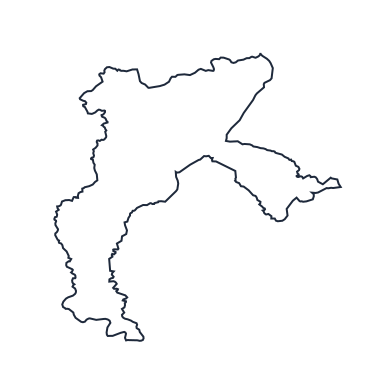 Filomeno Mata, Puebla, Mexico (Robinson projection), rotated 80°
{"feature_id": "50627088B66549226075892", "entity_name": "Filomeno Mata", "entity_type": "district", "adm_level": 2, "iso_a3": "MEX", "parent_name": "Mexico", "parent_adm1": "Puebla", "projection": "robinson", "projection_center": [-97.693, 20.213], "detail": "fine", "context": "isolated", "style": "outline", "palette": "slate", "viewbox_px": 384, "rotation_deg": 80, "n_neighbors": 0, "source": "geoboundaries", "source_scale": "gbopen_adm2", "svg_char_len": 5993}
<svg xmlns="http://www.w3.org/2000/svg" viewBox="0 0 384 384"><g transform="rotate(80 192 192)"><path d="M266.8,323.9L269.3,323.4L270.9,323.9L272.0,324.8L273.4,327.3L274.2,332.2L275.1,334.6L277.6,337.7L280.2,339.3L283.0,338.9L284.1,337.4L285.1,336.8L285.4,334.8L286.0,333.5L290.1,329.8L292.3,329.7L295.7,328.5L300.6,323.7L301.3,322.0L301.1,320.0L299.4,318.0L298.7,315.9L298.7,314.6L301.3,308.5L301.7,300.9L301.9,299.3L302.9,297.1L304.4,295.5L306.7,295.1L310.7,298.8L315.5,300.5L317.8,300.6L319.1,300.0L319.9,295.1L318.3,286.7L318.0,283.1L318.8,282.0L320.1,281.6L324.0,283.3L326.7,282.7L326.6,281.3L328.6,271.4L329.4,269.6L329.6,268.0L329.2,266.1L327.7,265.1L326.0,265.0L320.9,267.7L318.4,267.9L316.5,270.1L314.9,270.1L313.2,269.1L311.6,269.4L309.6,272.8L308.0,274.5L306.2,277.5L305.2,279.9L304.0,281.4L302.5,282.3L300.8,282.3L299.0,279.7L295.0,281.3L293.9,278.6L291.8,277.6L289.8,277.5L289.1,276.3L288.2,276.0L286.8,279.0L285.9,278.3L285.4,275.4L284.5,274.1L282.2,275.6L278.1,283.1L276.5,283.8L275.8,282.4L274.9,281.8L274.2,282.9L273.8,285.6L272.7,286.3L269.4,282.1L268.1,282.6L266.8,283.7L266.2,284.9L265.9,289.0L263.7,288.5L263.0,286.8L262.8,284.7L261.9,283.9L259.5,285.3L258.0,284.7L256.6,282.9L255.4,286.3L243.5,285.2L241.9,281.6L240.1,282.0L239.1,281.3L239.9,279.8L238.8,277.9L237.8,277.7L236.6,279.7L235.1,279.6L234.9,278.7L235.7,275.0L235.1,274.3L229.7,274.9L227.8,269.9L223.5,268.6L222.0,264.1L218.5,262.7L213.2,263.7L210.2,263.7L209.9,260.8L206.5,259.1L204.4,257.1L202.9,256.9L202.3,256.4L201.7,254.7L200.2,253.7L200.4,252.5L200.1,251.4L198.1,248.9L196.3,242.4L197.1,238.6L195.8,235.2L195.9,234.4L197.0,233.0L197.2,231.3L196.4,230.9L196.2,227.1L195.4,226.7L195.7,224.0L196.9,220.1L188.4,207.6L186.9,206.0L181.3,204.1L178.3,204.1L174.4,205.0L169.4,204.5L170.3,203.6L170.4,201.0L164.8,189.1L161.6,179.9L161.5,178.3L158.7,173.9L159.3,171.9L159.3,169.2L161.9,167.5L162.1,165.8L163.9,166.8L165.3,166.6L166.1,163.0L178.8,145.7L185.4,146.2L186.5,147.0L188.0,147.0L188.4,147.6L189.8,146.8L191.5,144.0L194.8,142.8L195.6,140.2L200.2,135.9L205.8,132.4L206.9,130.1L208.6,129.3L211.2,129.0L213.5,126.3L214.9,126.7L215.9,127.9L218.6,125.4L220.0,124.6L220.9,123.2L221.7,123.1L222.3,123.8L222.5,125.5L223.5,124.8L225.3,124.5L226.8,123.3L227.0,122.7L226.9,120.6L229.6,118.0L231.9,118.5L232.5,115.1L234.8,114.3L235.7,112.6L236.0,108.0L234.9,105.4L231.8,102.0L225.1,101.7L218.1,94.2L215.7,90.0L219.7,87.6L220.2,86.6L220.2,85.5L220.9,84.3L221.1,80.9L220.2,74.3L217.4,72.8L215.3,72.5L213.5,73.9L214.4,70.5L214.4,68.0L211.5,58.8L212.0,57.2L212.0,54.3L212.6,52.3L212.9,44.7L209.3,46.2L204.9,46.7L202.8,52.2L202.0,52.9L207.1,61.8L203.7,66.1L201.0,66.5L199.0,67.6L198.2,68.9L198.0,72.5L196.9,72.6L195.9,73.5L196.2,75.8L197.9,80.2L196.2,80.8L195.4,82.1L195.7,84.7L195.4,85.6L194.8,86.2L194.3,86.1L194.3,84.9L193.7,83.9L192.8,84.1L192.2,84.8L190.2,85.0L189.1,82.9L187.9,82.2L185.7,82.9L184.1,85.2L180.0,86.0L179.3,87.0L178.8,88.4L177.3,88.8L177.4,90.1L176.9,90.8L175.7,91.2L173.4,94.7L170.7,97.0L168.2,102.4L167.6,103.2L166.6,103.5L166.0,104.5L165.6,106.5L164.9,107.3L163.8,110.7L162.5,112.1L161.5,114.0L160.7,116.9L159.1,119.9L157.8,123.7L156.6,124.6L155.1,126.8L153.8,132.0L153.8,134.0L150.0,138.1L149.0,145.9L147.6,149.7L145.0,148.5L141.6,147.9L136.1,142.2L129.6,132.6L123.1,127.3L112.0,115.9L107.8,112.8L106.2,111.0L101.4,102.9L98.3,102.6L97.1,101.7L95.4,95.8L93.9,93.9L84.0,90.9L78.7,92.2L76.3,93.2L73.8,95.1L70.2,99.0L68.3,100.4L67.1,100.5L68.5,101.1L69.3,101.9L70.0,103.1L70.7,105.5L70.8,106.2L69.2,109.2L69.2,110.0L70.1,112.3L69.7,115.0L70.6,118.3L70.5,123.9L71.9,126.4L72.1,128.7L71.1,130.7L68.8,131.6L67.9,132.5L65.2,137.5L64.6,140.4L65.9,142.2L65.0,145.8L65.1,147.6L66.3,150.1L67.8,150.8L72.8,149.3L74.8,149.0L76.2,149.6L76.4,150.2L74.8,154.8L75.1,157.4L72.3,161.9L72.7,164.3L75.1,168.4L76.5,173.7L74.8,179.1L74.2,185.5L74.3,186.2L75.7,188.3L75.0,191.7L76.3,193.3L79.4,195.5L81.5,200.4L82.1,205.3L82.0,215.6L81.8,216.9L78.0,219.5L75.9,222.7L73.8,224.0L66.6,224.2L61.7,224.8L61.0,229.4L61.8,235.4L60.7,238.5L60.4,240.6L59.8,241.7L59.1,241.9L58.6,243.2L59.6,244.5L57.3,246.1L56.8,248.2L54.6,251.6L54.4,254.1L55.9,256.4L57.3,257.3L58.9,257.3L60.1,258.5L59.2,261.5L60.0,262.9L61.3,262.9L63.2,261.6L67.8,260.9L71.2,268.1L74.4,272.1L75.1,273.8L74.6,277.5L75.9,281.1L80.1,286.3L81.2,286.1L83.2,283.4L84.0,281.6L85.7,280.6L87.0,281.2L87.2,284.1L88.3,284.3L88.9,284.0L89.6,282.8L94.9,281.0L96.5,280.9L97.7,277.1L97.5,276.0L96.8,273.4L95.3,271.1L94.7,269.5L95.2,268.2L96.4,266.7L96.6,264.0L97.0,263.6L98.2,263.8L99.6,265.1L100.5,266.6L100.5,267.7L101.1,267.8L102.3,267.4L103.7,265.1L105.0,264.3L107.3,263.8L108.2,263.0L108.9,263.1L109.3,267.0L110.6,269.1L111.4,268.0L112.3,267.7L113.3,266.7L115.1,266.4L116.5,265.7L117.6,267.0L122.0,266.7L123.2,267.1L125.0,269.2L125.3,270.5L124.8,272.0L125.7,273.9L124.9,275.4L124.9,276.5L125.6,277.0L126.9,277.1L127.7,276.6L129.8,277.0L131.7,279.2L133.0,282.0L134.7,281.6L136.6,282.5L139.1,282.2L140.0,282.6L140.7,283.1L140.8,284.8L141.4,285.6L142.1,285.6L143.0,284.0L146.1,284.0L148.2,283.1L151.4,284.1L154.0,283.9L158.1,282.7L164.1,283.2L165.3,285.8L167.4,288.4L168.4,292.2L168.7,296.9L169.4,298.0L169.6,299.5L172.6,299.8L172.7,301.9L173.5,303.9L176.0,305.1L178.0,305.2L177.5,307.2L176.8,307.3L176.5,309.4L179.9,311.7L178.6,314.3L178.1,318.2L178.8,321.7L181.8,323.2L182.4,323.9L182.9,325.6L182.8,327.3L184.7,327.2L186.4,326.4L187.7,329.3L190.7,328.7L192.0,329.1L192.9,329.6L193.0,331.3L194.7,332.3L195.4,332.2L196.6,330.9L197.3,330.9L199.0,332.0L200.9,332.2L205.4,330.4L206.7,330.9L208.1,332.1L209.1,333.8L210.7,334.2L215.7,332.6L216.8,331.3L217.8,331.9L219.0,331.7L220.0,329.8L221.8,328.9L224.9,328.7L228.8,325.8L233.6,324.5L235.3,325.2L237.0,322.6L239.1,324.4L238.8,325.5L240.0,328.0L242.2,328.6L243.9,328.2L247.3,323.3L248.1,322.9L249.8,324.2L250.2,325.0L251.4,324.1L253.1,321.8L254.2,321.4L256.2,321.6L256.6,322.0L256.3,324.2L258.2,325.4L260.1,325.5L261.4,325.0L262.5,323.9L263.0,325.0L264.5,326.1L266.8,323.9Z" fill="none" stroke="#1e293b" stroke-width="2"/></g></svg>